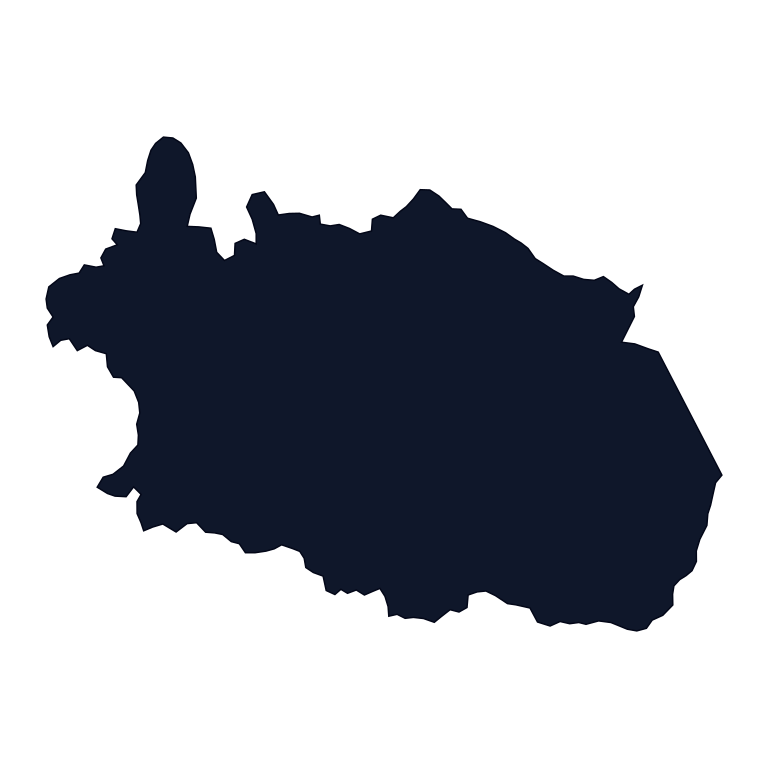 Ibirapuitã, Rio Grande do Sul, Brazil (Mercator projection)
{"feature_id": "56859067B64414910507042", "entity_name": "Ibirapuitã", "entity_type": "district", "adm_level": 2, "iso_a3": "BRA", "parent_name": "Brazil", "parent_adm1": "Rio Grande do Sul", "projection": "mercator", "projection_center": [-52.464, -28.617], "detail": "fine", "context": "isolated", "style": "filled", "palette": "ink", "viewbox_px": 768, "rotation_deg": 0, "n_neighbors": 0, "source": "geoboundaries", "source_scale": "gbopen_adm2", "svg_char_len": 2634}
<svg xmlns="http://www.w3.org/2000/svg" viewBox="0 0 768 768"><path d="M528.0,248.4L521.1,243.0L514.3,239.0L505.5,232.7L493.0,226.4L480.7,221.9L467.5,218.2L461.0,209.3L452.0,208.9L446.1,203.0L438.9,196.0L429.8,190.0L420.2,189.7L413.4,199.0L406.3,206.7L400.4,211.2L393.3,217.8L380.7,215.2L372.4,219.2L371.5,231.0L359.7,233.9L349.5,228.5L339.2,224.5L330.2,225.9L320.3,224.1L319.3,215.2L312.1,217.0L299.5,213.3L289.2,213.5L278.3,215.0L273.5,204.4L264.4,191.8L252.2,194.6L246.6,207.0L252.2,219.2L256.2,233.6L256.2,243.9L244.3,239.3L235.1,243.4L234.5,255.4L224.5,260.5L216.7,252.3L214.2,239.3L210.9,228.2L198.9,226.9L187.2,226.4L190.0,214.2L196.3,198.1L195.3,176.9L192.7,164.5L188.4,152.8L180.9,143.0L172.9,138.0L163.4,137.1L155.6,143.4L151.0,150.2L147.7,160.5L145.3,172.6L136.2,185.0L136.7,194.9L138.2,204.0L139.9,215.0L140.7,223.6L137.0,232.2L126.1,230.8L115.3,228.7L112.0,238.8L117.3,244.8L105.7,249.1L100.9,257.9L104.0,265.8L96.1,267.2L84.3,264.9L79.1,273.1L70.0,274.8L59.4,278.5L48.8,286.9L46.1,299.0L47.3,308.1L53.1,317.0L47.3,325.0L49.2,336.8L53.1,346.6L60.7,340.3L69.3,338.7L77.3,350.6L87.4,345.3L95.4,350.6L106.3,353.7L107.5,366.8L113.5,377.2L121.6,377.7L134.2,391.0L138.7,402.4L139.8,413.0L136.7,424.2L138.4,435.1L137.9,445.0L130.4,453.1L123.6,466.0L113.0,474.3L103.2,477.2L97.2,487.2L107.5,493.5L115.0,496.1L126.1,496.7L133.6,486.9L141.1,494.4L137.0,501.6L137.1,513.6L141.0,522.6L143.7,530.8L152.5,527.1L162.8,524.0L176.1,532.0L187.1,523.6L196.6,522.7L205.6,532.2L214.7,532.9L222.7,534.5L231.3,541.6L239.3,543.7L245.4,552.7L255.2,552.7L266.0,551.1L274.3,548.8L281.6,544.8L292.7,548.6L299.8,551.4L304.2,558.3L305.8,567.5L313.3,572.5L323.1,576.1L326.2,590.5L334.9,594.5L340.9,589.3L347.5,593.3L356.3,590.0L364.4,595.0L372.4,591.5L379.9,588.4L385.0,596.4L388.1,606.6L388.8,616.2L397.1,614.3L405.1,618.3L413.4,617.4L423.5,618.5L434.3,622.3L440.9,616.9L450.1,609.7L459.0,612.0L467.0,607.5L468.1,595.0L477.1,591.9L485.9,591.0L495.4,595.6L507.5,603.6L515.8,604.8L530.0,608.0L537.5,622.0L550.1,626.0L560.1,621.5L569.7,623.7L578.8,622.5L586.0,624.3L598.6,620.9L610.9,622.5L618.3,625.5L627.3,629.2L636.8,630.9L646.4,628.3L652.2,620.1L662.8,615.3L672.8,605.0L672.6,594.2L673.9,585.9L679.7,579.6L686.1,575.6L692.0,570.7L696.4,561.4L696.3,550.9L699.8,539.4L706.9,525.4L707.8,513.8L710.6,505.2L712.9,494.7L715.6,482.7L721.9,475.1L658.2,352.1L648.2,348.8L634.8,343.9L621.5,342.2L634.4,316.5L633.3,306.7L638.7,296.9L642.4,285.2L634.5,289.2L628.9,294.3L619.0,288.8L611.7,282.4L603.4,276.6L594.3,280.3L583.7,279.4L573.3,276.1L563.9,276.1L553.3,270.3L543.3,263.7L535.2,258.6L528.0,248.4Z" fill="#0f172a" stroke="#020617" stroke-width="1.5"/></svg>